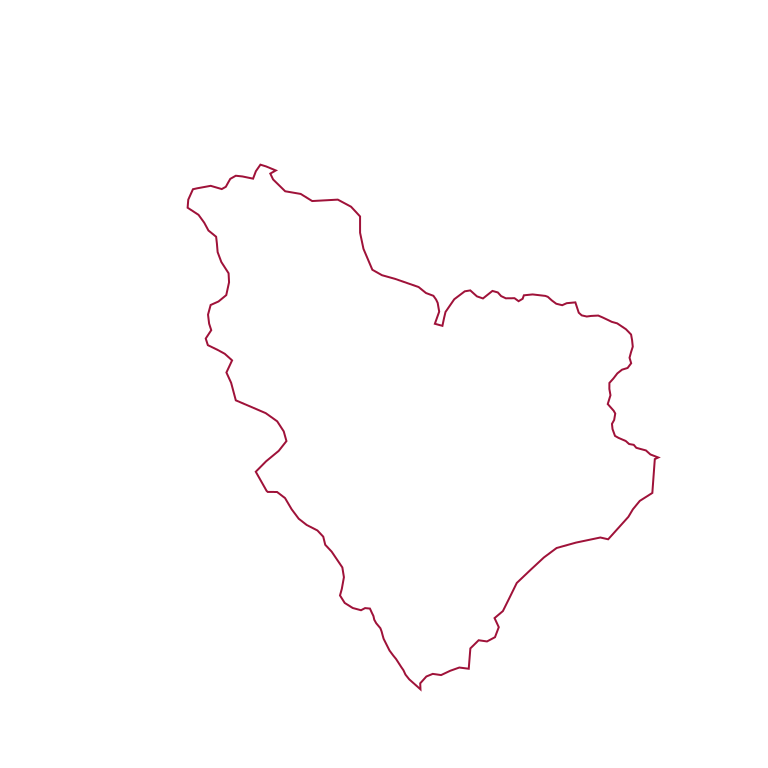 outline of Tanah Merah, Kelantan, Malaysia, rotated 132°
{"feature_id": "92858781B67391800412495", "entity_name": "Tanah Merah", "entity_type": "district", "adm_level": 2, "iso_a3": "MYS", "parent_name": "Malaysia", "parent_adm1": "Kelantan", "projection": "mercator", "projection_center": [102.021, 5.718], "detail": "fine", "context": "isolated", "style": "outline", "palette": "rose", "viewbox_px": 768, "rotation_deg": 132, "n_neighbors": 0, "source": "geoboundaries", "source_scale": "gbopen_adm2", "svg_char_len": 2494}
<svg xmlns="http://www.w3.org/2000/svg" viewBox="0 0 768 768"><g transform="rotate(132 384 384)"><path d="M255.1,131.0L258.1,138.9L258.1,144.9L260.6,149.8L262.6,153.8L262.1,157.7L264.6,161.7L264.6,166.2L267.1,173.6L268.0,177.6L264.6,184.0L261.1,187.9L256.7,188.9L251.2,192.4L250.2,195.4L249.2,204.3L240.8,208.2L236.9,213.2L232.4,217.2L226.5,217.2L220.0,217.7L214.1,216.7L209.1,213.7L203.2,214.2L200.2,219.1L195.3,221.6L189.8,224.1L185.4,229.0L181.9,233.5L181.4,240.9L182.9,251.3L185.4,256.3L186.3,259.5L188.3,266.2L189.8,270.6L194.8,275.6L198.2,278.5L200.7,283.0L200.7,287.0L195.3,296.4L201.7,302.3L206.2,304.3L209.1,309.7L209.6,315.2L209.6,320.6L210.6,323.1L218.0,333.5L224.5,339.4L227.9,338.0L232.4,339.4L232.9,344.4L238.8,350.8L240.3,355.8L239.8,360.7L242.3,365.7L254.2,367.7L256.7,373.6L256.7,378.6L256.7,382.5L261.1,386.0L274.0,388.5L289.3,386.5L294.8,383.5L301.7,379.5L305.2,386.5L293.3,391.4L287.8,398.4L286.4,401.8L285.4,406.3L288.3,413.7L288.8,423.2L298.5,446.2L304.5,458.3L306.9,469.1L297.3,489.7L287.6,503.0L275.5,513.9L274.3,527.1L277.9,541.7L296.1,559.8L298.5,573.1L306.9,586.4L306.2,603.3L303.7,609.3L297.7,607.3L301.2,617.2L303.7,622.6L311.6,621.6L319.0,618.7L324.5,628.1L328.4,633.5L334.4,635.5L338.1,634.7L343.3,633.5L347.7,635.0L352.7,645.4L363.6,653.8L367.1,656.3L378.0,652.8L384.4,647.9L382.4,635.0L384.4,625.6L387.4,617.2L386.9,607.3L391.3,602.3L397.3,595.9L402.2,586.5L405.7,573.6L412.1,567.2L423.5,560.7L433.4,562.2L441.3,565.7L450.2,561.2L456.2,554.3L459.6,548.4L469.5,546.9L473.0,540.9L470.0,530.5L468.1,522.6L468.1,512.7L480.9,508.8L485.4,498.4L495.3,483.2L484.8,452.4L483.2,438.4L486.3,426.8L491.7,418.3L504.1,417.5L520.3,419.9L535.0,420.6L542.0,399.7L542.0,398.2L535.8,391.2L535.0,381.2L538.9,368.8L541.2,357.2L540.5,347.1L537.4,335.5L538.1,327.0L542.8,320.1L543.6,310.8L548.2,292.2L554.4,284.5L564.4,278.3L570.6,275.2L573.0,266.7L571.4,257.4L567.5,249.7L563.2,248.1L560.3,244.2L562.2,239.8L563.5,236.6L565.7,233.5L567.0,229.7L567.9,223.3L569.5,220.2L571.4,217.3L573.6,213.8L578.4,201.5L579.6,195.5L580.3,191.0L582.8,181.8L583.7,178.0L585.6,173.6L586.6,167.6L586.5,152.6L582.2,156.8L573.0,156.8L566.8,153.8L562.1,146.8L552.8,142.9L544.3,138.3L538.9,130.5L522.7,142.9L511.1,142.2L506.4,135.2L497.9,132.1L487.9,136.0L484.0,145.2L473.2,143.7L459.2,147.6L443.0,152.2L423.7,150.7L405.9,149.1L390.4,146.0L373.4,135.2L353.3,120.5L349.4,113.5L319.2,113.5L310.6,115.2L299.7,115.7L285.4,111.7L258.6,132.5L255.1,131.0Z" fill="none" stroke="#9f1239" stroke-width="2"/></g></svg>